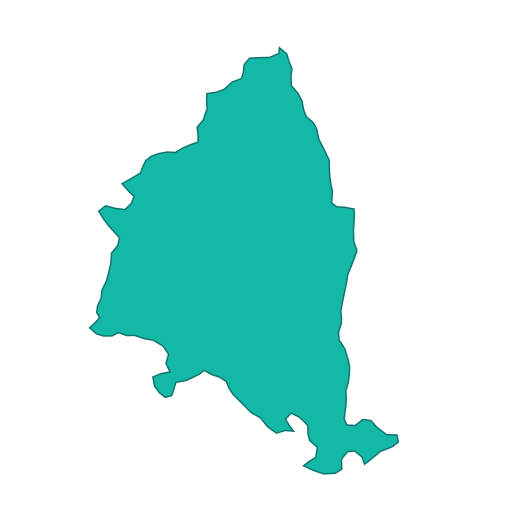 the district of São Sebastião da Bela Vista, Minas Gerais, Brazil, rotated 276°
{"feature_id": "56859067B55755332665387", "entity_name": "São Sebastião da Bela Vista", "entity_type": "district", "adm_level": 2, "iso_a3": "BRA", "parent_name": "Brazil", "parent_adm1": "Minas Gerais", "projection": "robinson", "projection_center": [-45.786, -22.166], "detail": "fine", "context": "isolated", "style": "filled", "palette": "teal", "viewbox_px": 512, "rotation_deg": 276, "n_neighbors": 0, "source": "geoboundaries", "source_scale": "gbopen_adm2", "svg_char_len": 2163}
<svg xmlns="http://www.w3.org/2000/svg" viewBox="0 0 512 512"><g transform="rotate(276 256 256)"><path d="M313.9,115.2L306.4,123.4L302.5,128.4L295.7,126.8L288.5,121.0L288.6,111.3L290.2,101.2L284.1,94.9L277.7,99.8L270.6,106.4L264.9,112.8L259.7,118.4L252.0,117.4L243.7,112.0L234.0,112.4L224.7,111.3L215.8,109.9L205.8,106.4L197.5,106.4L190.0,103.7L183.2,103.4L178.3,106.9L173.3,103.4L167.2,98.0L161.9,105.5L160.5,112.8L161.5,121.3L165.5,127.2L163.4,135.7L164.4,143.5L162.1,153.6L161.5,162.9L156.6,173.0L149.1,179.4L139.8,177.6L131.8,182.6L129.0,173.7L124.9,166.1L116.0,168.7L110.1,174.0L105.9,180.5L108.3,186.7L114.2,188.1L121.9,189.5L124.9,199.5L132.4,211.9L136.8,216.3L133.4,224.5L131.8,232.1L128.1,239.6L121.9,242.8L115.4,248.2L108.5,256.9L100.0,267.2L95.5,277.3L87.3,285.5L82.0,294.8L85.6,303.4L85.7,311.6L90.7,307.0L96.8,302.3L103.4,307.3L100.5,315.6L96.8,320.6L92.7,325.3L84.4,326.3L78.0,328.8L72.1,337.1L61.9,336.4L57.9,331.1L52.3,325.2L48.8,335.4L46.4,346.1L48.2,357.4L52.9,363.6L62.8,362.2L70.9,367.5L72.4,374.3L67.4,382.2L60.3,385.8L65.0,390.8L74.5,399.9L80.7,411.6L86.0,417.1L92.7,414.8L91.9,404.5L98.4,394.0L104.3,387.6L104.6,379.4L97.8,372.3L97.4,364.0L103.0,360.8L109.8,360.8L115.7,361.1L123.1,360.7L131.2,359.4L140.5,361.1L149.8,361.1L155.6,360.7L163.4,358.1L173.0,354.0L181.1,347.5L188.8,346.0L197.2,347.8L203.4,347.5L209.9,346.1L219.2,346.8L228.7,347.8L237.7,348.7L247.1,349.2L255.6,351.7L264.1,354.0L272.0,355.8L280.7,351.7L291.2,350.3L299.1,349.9L306.5,349.6L312.9,348.7L313.7,338.9L313.3,331.3L316.7,325.6L328.4,325.3L334.7,323.1L343.0,321.0L351.4,319.6L358.8,318.9L364.9,315.1L371.2,311.2L378.7,306.3L388.6,303.1L394.8,298.8L399.7,291.5L406.6,288.0L415.1,285.5L422.0,280.9L429.1,273.4L437.8,272.1L446.2,272.1L452.7,268.6L460.2,265.4L465.6,257.5L459.8,257.6L454.9,248.7L453.5,237.9L452.0,228.8L445.0,224.2L436.9,224.2L431.0,223.1L426.4,213.9L418.5,207.1L414.6,199.1L412.4,190.2L405.5,190.6L397.3,192.0L385.5,189.2L378.0,184.0L370.0,185.8L363.2,186.5L360.1,179.7L356.0,172.3L350.5,165.0L350.1,156.9L347.7,148.5L344.2,141.4L339.6,136.7L333.7,134.2L326.6,132.5L320.8,124.9L313.9,115.2Z" fill="#14b8a6" stroke="#0f766e" stroke-width="1.5"/></g></svg>